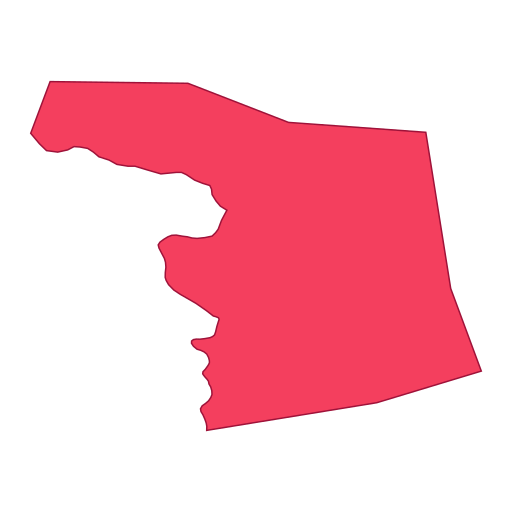 Su'xbaatar, Selenge, Mongolia (Equal Earth projection)
{"feature_id": "93677404B24748843870078", "entity_name": "Su'xbaatar", "entity_type": "district", "adm_level": 2, "iso_a3": "MNG", "parent_name": "Mongolia", "parent_adm1": "Selenge", "projection": "equal_earth", "projection_center": [106.187, 50.218], "detail": "fine", "context": "isolated", "style": "filled", "palette": "rose", "viewbox_px": 512, "rotation_deg": 0, "n_neighbors": 0, "source": "geoboundaries", "source_scale": "gbopen_adm2", "svg_char_len": 1462}
<svg xmlns="http://www.w3.org/2000/svg" viewBox="0 0 512 512"><path d="M30.7,133.3L39.4,143.7L46.5,150.6L57.7,152.1L67.7,149.9L74.0,146.6L80.0,147.0L87.7,148.4L93.4,152.1L98.9,156.8L108.9,160.0L116.9,164.4L128.0,166.2L134.9,166.2L147.2,169.9L160.9,173.9L176.3,172.4L181.5,172.4L186.3,174.6L194.6,180.1L202.6,183.3L209.8,185.5L211.5,189.1L212.1,194.6L216.1,201.1L220.4,206.2L226.9,210.2L223.8,216.0L221.5,220.4L218.2,229.2L215.6,232.7L212.1,236.1L204.9,237.6L197.1,238.4L192.0,238.0L187.4,236.8L182.5,236.2L176.2,235.1L171.8,235.3L167.9,236.8L163.8,239.3L160.0,242.1L158.2,244.9L159.0,248.1L161.6,253.1L164.4,258.4L165.5,262.3L165.9,267.2L165.3,272.6L165.2,277.4L166.2,280.5L168.6,284.7L173.9,290.1L180.4,294.4L195.7,303.2L206.1,310.4L213.3,316.0L215.9,316.7L218.5,317.8L219.1,319.4L218.3,321.8L216.9,326.4L215.6,331.9L214.5,335.0L212.5,336.6L210.0,337.7L204.9,338.6L199.8,339.2L196.3,339.1L193.4,339.6L191.6,341.0L191.5,343.3L193.5,346.3L197.0,349.2L200.7,350.3L204.1,351.9L206.8,354.1L208.6,357.6L209.4,360.8L209.4,362.9L208.1,365.4L205.3,369.3L203.0,371.7L202.7,373.8L203.6,375.2L205.1,377.1L207.1,379.3L208.4,381.1L209.0,384.0L210.7,386.9L211.8,390.7L212.0,394.5L210.8,397.5L208.6,400.8L205.6,403.4L202.2,405.8L200.5,408.8L201.0,411.6L202.9,414.7L204.8,419.0L206.2,423.0L206.8,426.3L206.7,430.4L207.7,430.2L376.8,402.7L481.3,371.1L450.7,288.5L425.8,132.3L288.5,122.4L187.9,83.3L50.1,81.6L30.7,133.3Z" fill="#f43f5e" stroke="#9f1239" stroke-width="1.5"/></svg>